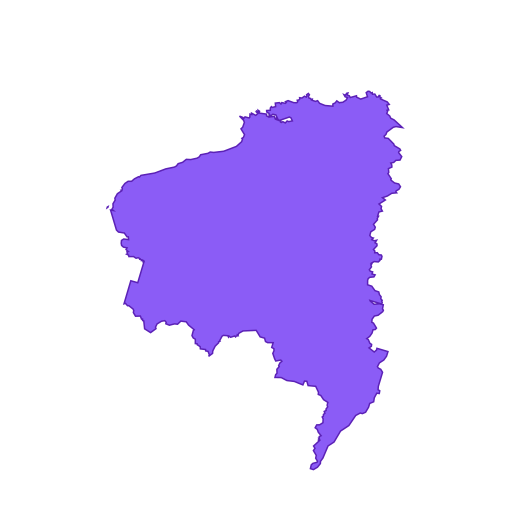 outline of Clutha District, Otago, New Zealand, rotated 196°
{"feature_id": "76426892B1616776897166", "entity_name": "Clutha District", "entity_type": "district", "adm_level": 2, "iso_a3": "NZL", "parent_name": "New Zealand", "parent_adm1": "Otago", "projection": "robinson", "projection_center": [169.665, -46.039], "detail": "fine", "context": "isolated", "style": "filled", "palette": "violet", "viewbox_px": 512, "rotation_deg": 196, "n_neighbors": 0, "source": "geoboundaries", "source_scale": "gbopen_adm2", "svg_char_len": 6144}
<svg xmlns="http://www.w3.org/2000/svg" viewBox="0 0 512 512"><g transform="rotate(196 256 256)"><path d="M145.1,66.6L141.9,66.5L138.7,69.9L136.9,74.2L137.4,76.4L136.0,80.2L134.4,93.3L129.7,98.7L126.5,111.0L120.0,118.6L116.2,130.2L112.5,133.8L110.3,133.8L107.6,136.0L106.1,141.7L106.1,145.6L102.7,148.3L103.2,152.3L102.1,157.4L99.6,157.8L99.9,160.6L101.8,161.1L102.5,164.5L102.3,179.1L104.9,181.5L107.6,182.0L108.8,183.2L107.9,187.3L104.5,191.2L102.9,195.6L102.8,200.5L114.3,200.6L114.2,198.9L115.9,196.3L122.0,198.8L120.2,201.0L120.5,202.9L122.5,203.5L124.9,206.5L126.8,207.1L124.5,210.1L123.2,213.9L123.2,217.3L121.1,218.2L120.3,219.9L124.6,223.9L126.4,224.2L127.0,227.2L125.7,230.9L122.3,232.7L118.8,237.5L118.6,239.0L119.8,240.0L120.2,244.2L124.2,244.1L129.2,242.1L133.8,244.2L134.2,244.7L121.9,244.5L121.9,246.3L122.8,247.3L122.5,248.2L124.3,249.3L124.5,251.3L126.7,252.9L128.1,255.3L132.1,255.5L136.4,258.9L140.8,259.1L142.0,263.4L141.9,265.3L140.7,266.9L136.9,268.4L136.3,270.7L139.5,270.7L139.5,272.9L142.0,272.9L143.3,274.0L142.0,277.4L143.1,279.1L142.5,280.4L143.3,280.7L140.9,283.2L136.8,284.0L135.6,286.0L136.1,287.0L134.6,287.5L134.8,290.4L135.8,291.5L138.3,291.1L140.3,292.6L142.8,291.8L143.1,293.5L144.9,294.6L142.5,299.2L143.1,301.0L145.2,301.5L144.4,304.4L146.4,303.3L149.2,303.6L148.2,305.6L150.1,305.6L152.3,307.1L152.3,310.9L149.3,314.3L149.3,316.6L151.8,318.8L149.2,324.3L149.8,325.5L149.2,328.0L150.1,327.8L150.0,332.2L146.9,334.0L148.8,335.9L149.0,338.3L152.1,339.9L147.1,345.5L150.5,346.9L146.2,349.9L142.8,353.7L138.2,355.5L139.3,356.3L139.2,357.3L137.0,359.5L136.2,362.4L138.7,364.6L143.0,364.4L146.6,365.9L147.5,366.5L147.3,367.6L151.9,371.5L151.4,372.9L152.8,376.5L149.9,378.9L150.6,381.0L152.1,382.5L149.4,383.9L147.9,386.5L144.0,387.9L143.3,391.7L147.4,394.7L147.5,395.8L146.1,397.4L147.3,398.6L153.5,400.2L154.4,401.6L161.3,405.5L164.8,405.0L165.9,406.5L164.6,408.6L164.4,411.2L159.5,417.6L157.1,419.0L150.6,419.8L160.8,424.9L164.5,425.6L166.0,427.4L169.6,429.0L169.4,431.5L170.2,432.2L168.7,433.0L171.9,437.1L169.7,438.4L172.3,440.3L179.7,441.3L180.2,442.5L179.6,442.7L181.6,443.6L181.3,444.3L181.9,444.3L182.5,442.4L183.9,442.1L186.4,444.4L188.6,443.6L189.3,445.1L190.2,444.4L192.1,445.5L193.7,445.3L195.1,443.4L192.7,439.8L198.6,435.7L203.1,436.4L203.6,437.7L209.1,434.3L210.4,435.7L212.9,436.0L212.6,438.0L213.6,437.5L214.5,435.1L215.9,435.3L214.2,433.6L211.7,433.5L212.3,430.8L214.9,427.7L218.2,426.4L217.6,426.1L221.1,427.4L222.1,425.0L224.0,423.3L223.4,421.2L231.1,419.7L237.0,420.3L239.6,422.3L241.5,421.0L245.0,421.2L245.1,422.2L246.0,421.5L246.9,422.5L248.4,422.3L249.6,423.9L249.1,425.7L250.5,426.7L251.8,425.0L251.2,424.2L251.5,422.6L253.4,423.0L255.4,420.5L257.7,420.2L257.2,419.1L257.8,417.8L259.3,417.1L258.4,415.8L259.0,414.6L262.0,413.8L268.0,414.2L270.2,412.5L269.2,411.9L269.9,410.8L273.5,410.6L273.9,409.0L275.8,409.9L279.6,408.3L278.3,405.0L281.4,403.3L282.4,403.8L283.0,402.2L282.4,400.0L285.9,398.8L285.4,397.4L282.8,396.7L282.0,394.5L281.4,395.2L281.2,395.0L281.6,393.8L281.5,393.5L278.9,396.9L275.8,397.1L273.7,394.7L274.4,394.8L274.3,393.9L270.8,392.8L262.2,398.8L260.4,398.4L258.3,395.9L261.6,394.2L263.3,394.4L264.5,392.0L267.2,392.5L268.5,391.3L269.3,391.5L269.3,392.4L275.1,392.9L276.9,395.2L281.9,393.1L284.5,393.6L285.0,395.3L292.2,394.3L292.9,395.0L292.5,396.1L293.7,396.5L293.0,395.6L294.9,395.6L294.4,395.1L295.4,394.6L293.4,393.6L295.0,391.1L299.6,392.1L299.1,390.8L300.9,390.8L300.2,387.8L300.7,386.8L304.9,386.7L305.8,384.7L306.8,385.6L310.4,385.9L305.3,383.0L304.0,381.2L304.3,376.1L305.5,374.1L300.5,369.5L300.8,366.5L302.0,365.2L301.2,364.7L301.3,361.9L305.1,355.9L315.9,347.8L325.2,343.9L328.7,343.3L330.4,341.5L337.1,338.1L337.9,335.6L339.6,333.8L345.3,330.7L349.6,329.7L352.4,325.8L356.3,323.3L357.3,320.6L358.9,319.0L366.7,314.9L376.3,307.8L388.8,301.8L389.8,299.8L390.8,299.8L394.1,296.7L396.2,293.5L399.5,292.6L402.0,289.6L403.8,284.9L403.0,283.8L403.0,282.3L403.8,282.0L403.2,281.5L406.4,277.7L407.6,272.7L406.8,270.9L407.9,266.8L406.8,263.5L407.4,261.2L405.6,260.4L408.5,260.1L397.3,242.5L394.8,241.1L388.9,241.8L385.3,238.9L384.0,239.2L383.0,236.6L387.8,235.9L389.6,233.9L389.1,231.1L388.1,229.1L385.9,228.0L382.2,228.3L382.7,226.4L380.0,225.1L381.2,224.5L380.1,222.7L380.8,222.1L378.7,221.7L378.0,220.4L373.5,221.7L370.7,220.8L368.8,221.9L366.7,221.4L366.8,220.8L364.2,220.8L364.5,220.1L362.5,220.5L361.9,219.6L362.8,219.1L362.1,218.0L362.3,197.7L369.5,197.7L369.7,173.7L368.5,174.5L365.8,172.8L364.5,173.2L359.5,171.1L358.5,169.9L358.3,167.8L355.2,164.9L350.6,166.4L348.7,163.8L347.7,164.1L347.2,162.7L346.0,162.7L343.0,155.3L336.2,153.3L332.1,158.6L333.0,159.9L332.4,163.4L328.9,167.2L325.9,168.7L324.0,167.5L324.0,166.0L320.2,165.6L315.6,168.3L312.6,168.8L310.3,172.7L304.9,173.5L301.8,171.0L295.1,168.1L295.7,167.0L295.6,161.8L293.7,159.9L291.4,159.3L290.2,155.1L288.4,155.4L288.0,154.5L284.7,153.5L283.9,151.4L278.7,152.2L278.2,150.9L275.8,151.1L273.5,148.0L273.9,146.5L270.9,150.4L271.4,152.8L270.4,158.1L268.0,162.3L268.3,163.2L267.1,164.3L267.6,164.7L266.5,169.6L265.5,170.7L261.2,171.6L260.1,170.5L259.9,171.6L258.0,170.9L254.5,173.2L253.3,172.6L253.0,173.6L251.2,174.4L252.1,175.3L251.4,175.5L251.2,177.0L247.8,180.4L235.3,184.6L229.7,179.4L225.1,179.4L223.3,176.4L220.9,175.9L215.6,177.4L215.7,172.4L213.3,171.9L212.6,169.9L213.0,167.0L209.9,162.5L208.1,160.5L203.5,162.8L202.1,162.0L203.6,159.6L204.0,156.8L203.2,156.1L204.7,152.9L203.5,149.1L204.4,147.3L204.3,144.5L198.2,146.1L192.0,144.8L184.6,146.0L175.4,145.0L174.9,149.1L172.6,149.6L170.2,145.8L162.7,147.2L158.4,142.3L158.0,140.1L155.3,139.8L151.4,136.5L146.6,135.1L146.5,132.2L145.5,130.7L146.5,128.2L146.0,126.8L147.6,125.4L146.4,123.8L147.5,122.3L147.1,120.6L148.0,119.5L146.6,118.0L145.7,114.2L148.3,111.3L151.1,110.4L151.8,107.2L149.3,106.2L147.5,103.7L143.9,101.2L145.4,99.9L145.0,98.7L145.6,98.2L144.4,97.3L144.9,96.8L144.2,96.4L145.0,96.0L144.4,95.6L148.3,89.2L146.3,87.4L147.2,84.8L143.1,80.9L142.9,78.1L140.3,75.7L140.5,74.5L144.1,72.4L145.3,70.5L145.1,66.6ZM412.4,261.3L411.8,262.0L411.8,262.7L412.4,262.1L412.4,261.3Z" fill="#8b5cf6" stroke="#5b21b6" stroke-width="1.5"/></g></svg>